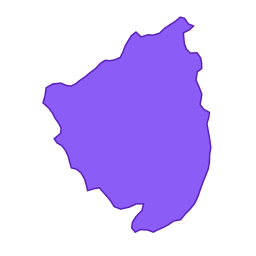 the district of Senador José Bento, Minas Gerais, Brazil, rotated 355°
{"feature_id": "56859067B70195017635128", "entity_name": "Senador José Bento", "entity_type": "district", "adm_level": 2, "iso_a3": "BRA", "parent_name": "Brazil", "parent_adm1": "Minas Gerais", "projection": "mercator", "projection_center": [-46.142, -22.156], "detail": "fine", "context": "isolated", "style": "filled", "palette": "violet", "viewbox_px": 256, "rotation_deg": 355, "n_neighbors": 0, "source": "geoboundaries", "source_scale": "gbopen_adm2", "svg_char_len": 1389}
<svg xmlns="http://www.w3.org/2000/svg" viewBox="0 0 256 256"><g transform="rotate(355 128 128)"><path d="M177.4,218.8L182.8,214.2L187.7,209.1L191.7,202.4L194.7,195.5L198.1,188.2L201.4,181.8L204.3,175.9L206.1,169.5L207.1,161.0L208.8,154.8L208.3,144.6L207.6,137.4L207.0,130.4L209.4,124.5L210.5,119.6L205.1,116.0L201.9,110.9L203.4,105.4L204.5,100.6L202.1,92.6L199.9,86.2L201.9,78.1L206.6,75.2L207.0,69.8L206.4,64.4L203.4,59.1L196.6,58.8L193.2,54.8L191.5,49.0L191.4,43.3L191.5,38.0L197.7,35.6L202.1,32.1L197.1,29.5L194.0,23.8L189.7,22.1L185.2,25.4L178.8,28.8L173.1,31.9L167.7,36.3L161.2,37.7L156.0,36.9L149.0,38.4L144.3,33.1L139.4,36.3L135.3,41.8L132.4,46.0L129.7,51.7L126.4,57.0L120.7,58.9L116.0,59.4L111.0,58.6L106.4,61.0L100.7,66.1L94.9,69.6L89.8,73.3L84.3,76.3L79.8,79.4L74.6,81.3L70.1,80.1L64.9,77.4L56.7,77.6L50.0,80.8L48.0,89.1L45.5,95.5L51.0,101.5L54.2,106.8L56.0,111.6L59.2,117.0L61.4,122.3L60.4,127.4L53.5,132.3L56.0,136.7L60.7,140.0L63.7,144.9L65.9,150.7L66.9,156.7L68.1,162.8L72.8,164.4L77.3,168.5L80.3,175.1L81.5,181.0L82.3,186.9L89.0,185.5L94.2,185.1L98.4,190.7L101.7,195.2L104.7,199.7L107.4,205.1L113.5,208.1L122.0,207.0L129.9,204.3L136.8,204.9L134.8,211.3L128.1,217.1L124.2,222.3L123.0,227.9L126.1,232.4L131.4,230.3L138.6,231.3L144.0,233.9L149.3,231.9L154.7,230.0L159.7,227.9L165.2,224.7L172.5,223.9L177.4,218.8Z" fill="#8b5cf6" stroke="#5b21b6" stroke-width="1.5"/></g></svg>